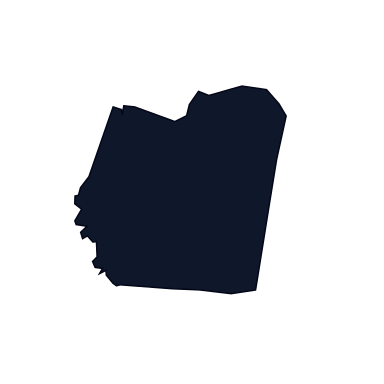 outline of Pulaski, Kentucky, United States of America, rotated 140°
{"feature_id": "52423323B4413103622838", "entity_name": "Pulaski", "entity_type": "district", "adm_level": 2, "iso_a3": "USA", "parent_name": "United States of America", "parent_adm1": "Kentucky", "projection": "robinson", "projection_center": [-84.502, 37.111], "detail": "fine", "context": "isolated", "style": "filled", "palette": "ink", "viewbox_px": 384, "rotation_deg": 140, "n_neighbors": 0, "source": "geoboundaries", "source_scale": "gbopen_adm2", "svg_char_len": 739}
<svg xmlns="http://www.w3.org/2000/svg" viewBox="0 0 384 384"><g transform="rotate(140 192 192)"><path d="M197.7,307.9L261.1,270.0L274.6,267.0L281.0,262.5L284.2,264.1L289.4,258.3L287.6,249.8L300.3,245.2L301.7,241.5L294.5,233.3L303.2,232.7L305.8,226.6L300.3,225.6L300.1,217.4L297.1,215.4L306.4,203.3L312.8,202.7L314.7,196.5L309.7,191.0L315.3,188.9L308.3,187.3L311.1,183.4L311.2,172.9L310.1,168.7L306.7,167.1L268.9,130.2L249.5,112.5L227.3,88.9L206.3,76.1L199.3,82.1L141.9,131.8L106.3,162.5L71.0,189.7L68.7,203.5L69.1,222.5L85.6,241.0L96.6,246.0L107.3,250.7L117.0,255.1L122.3,264.9L137.8,260.7L147.1,253.9L159.9,257.0L181.2,294.0L188.8,301.9L196.1,295.8L193.1,300.5L197.7,307.9Z" fill="#0f172a" stroke="#020617" stroke-width="1.5"/></g></svg>